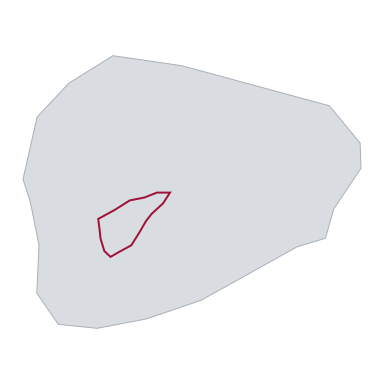 location of Andorra la Vella within Andorra
{"feature_id": "AND-4876", "entity_name": "Andorra la Vella", "entity_type": "state/province", "adm_level": 1, "iso_a3": "AND", "parent_name": "Andorra", "parent_adm1": "", "projection": "natural_earth1", "projection_center": [1.52, 42.514], "detail": "fine", "context": "in_parent", "style": "outline", "palette": "rose", "viewbox_px": 384, "rotation_deg": 0, "n_neighbors": 0, "source": "natural_earth", "source_scale": "10m", "svg_char_len": 608}
<svg xmlns="http://www.w3.org/2000/svg" viewBox="0 0 384 384"><path d="M325.5,238.2L296.9,246.9L201.3,300.2L146.9,318.8L97.2,328.3L58.3,324.4L36.8,293.1L39.0,245.3L30.4,202.2L23.0,179.2L37.1,117.0L68.8,83.2L112.9,55.7L182.2,65.8L329.4,105.8L360.1,143.1L361.0,168.2L333.7,209.0L325.5,238.2Z" fill="#d9dde1" stroke="#a8b0b8" stroke-width="1"/><path d="M170.0,192.6L163.1,203.3L151.5,214.0L146.1,220.9L139.9,231.6L131.4,245.2L119.0,252.0L110.5,256.9L104.3,251.0L100.5,238.4L99.7,230.6L98.2,218.9L114.4,210.1L129.8,200.4L144.5,197.5L156.9,192.6L170.0,192.6Z" fill="none" stroke="#9f1239" stroke-width="2"/></svg>